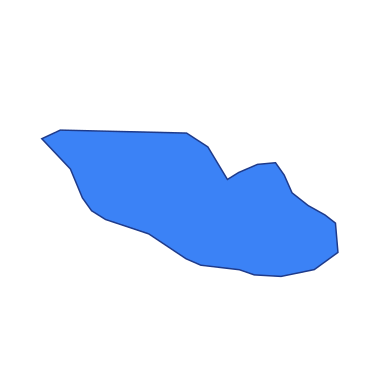 map outline of New Providence (Equal Earth projection), rotated 211°
{"feature_id": "BHS-5009", "entity_name": "New Providence", "entity_type": "Capital", "adm_level": 1, "iso_a3": "BHS", "parent_name": "The Bahamas", "parent_adm1": "", "projection": "equal_earth", "projection_center": [-77.439, 25.036], "detail": "fine", "context": "isolated", "style": "filled", "palette": "blue", "viewbox_px": 384, "rotation_deg": 211, "n_neighbors": 0, "source": "natural_earth", "source_scale": "10m", "svg_char_len": 476}
<svg xmlns="http://www.w3.org/2000/svg" viewBox="0 0 384 384"><g transform="rotate(211 192 192)"><path d="M121.7,254.0L105.8,242.8L85.5,240.2L66.1,240.8L53.0,239.2L35.8,215.4L47.2,188.5L72.2,165.5L96.0,153.0L111.3,149.8L146.7,133.8L162.7,131.7L207.5,133.8L252.0,123.9L268.4,124.2L282.9,130.5L308.1,149.1L348.2,160.3L336.8,177.2L227.0,239.7L201.6,238.8L168.1,221.0L162.1,232.7L150.1,249.4L135.5,260.1L121.7,254.0Z" fill="#3b82f6" stroke="#1e3a8a" stroke-width="1.5"/></g></svg>